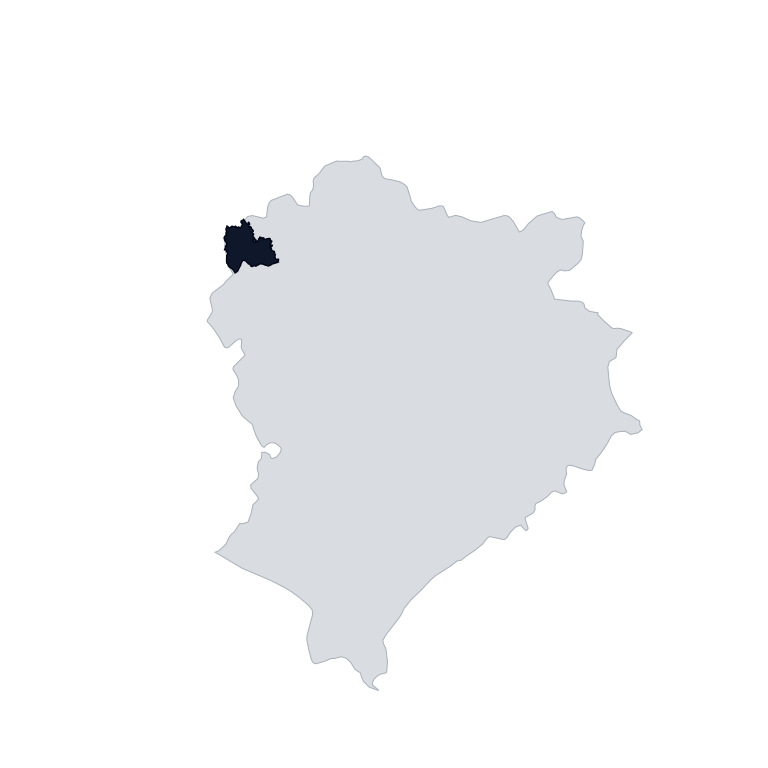 Verkhnyadzvinsk, Vitebsk, Belarus shown in context, rotated 312°
{"feature_id": "67162791B82603429459213", "entity_name": "Verkhnyadzvinsk", "entity_type": "district", "adm_level": 2, "iso_a3": "BLR", "parent_name": "Belarus", "parent_adm1": "Vitebsk", "projection": "mercator", "projection_center": [28.26, 55.859], "detail": "fine", "context": "in_parent", "style": "filled", "palette": "ink", "viewbox_px": 768, "rotation_deg": 312, "n_neighbors": 0, "source": "geoboundaries", "source_scale": "gbopen_adm2", "svg_char_len": 9293}
<svg xmlns="http://www.w3.org/2000/svg" viewBox="0 0 768 768"><g transform="rotate(312 384 384)"><path d="M588.0,534.3L577.9,533.7L565.7,533.9L558.9,538.7L551.5,536.4L546.2,539.1L534.2,552.2L529.5,559.2L525.0,570.0L522.3,577.9L523.8,583.5L526.0,588.7L526.5,594.2L527.6,598.6L524.6,601.8L522.9,606.3L517.8,605.5L511.6,601.1L510.3,594.8L505.6,590.4L502.4,588.1L497.2,587.7L489.0,589.8L478.1,591.4L470.0,591.8L465.5,594.1L459.0,596.3L456.4,593.7L452.8,586.5L449.8,579.3L447.7,576.1L445.9,575.3L443.7,575.4L441.2,577.7L439.3,580.0L432.4,582.8L429.4,585.3L426.1,591.9L423.9,591.4L421.6,589.9L419.0,582.5L415.5,580.8L409.7,580.7L402.6,579.2L396.9,576.9L394.8,577.5L391.3,580.6L387.6,581.1L379.5,578.3L377.9,579.6L373.2,587.7L371.0,588.1L369.8,587.1L370.5,580.0L365.8,577.5L357.8,577.1L352.2,578.1L349.5,577.8L348.1,576.5L341.3,564.5L337.6,563.8L331.2,564.4L321.6,562.9L310.5,560.2L304.5,559.2L301.3,556.6L294.5,555.6L276.3,550.6L268.8,549.7L257.9,549.6L241.2,548.5L230.4,549.1L225.5,550.8L219.8,551.8L199.9,553.2L192.8,554.6L190.8,557.1L188.4,562.6L180.3,572.1L172.3,578.4L170.9,578.9L166.2,575.6L162.4,574.4L157.8,574.1L154.6,575.1L152.6,576.7L152.9,584.0L152.4,584.7L148.9,576.0L149.2,568.1L151.1,563.6L153.5,559.6L152.5,553.5L154.9,545.4L154.9,539.6L153.9,537.0L152.0,534.1L146.9,530.9L144.6,528.4L137.6,525.0L130.6,520.7L129.5,518.1L129.8,516.4L131.0,513.7L136.3,505.8L142.0,498.1L145.7,495.0L165.2,485.1L168.2,481.6L169.0,475.7L168.7,463.8L167.5,452.9L166.0,445.4L162.2,431.3L152.1,401.8L146.0,371.1L150.0,372.9L159.3,373.6L166.7,371.4L170.5,371.1L173.9,371.8L183.7,370.1L186.1,372.9L190.5,375.3L199.0,371.8L206.6,367.4L214.5,367.9L215.6,365.8L217.6,354.8L219.9,352.4L229.3,353.5L232.8,351.5L236.5,346.1L242.0,342.7L246.7,342.7L251.5,338.9L253.9,341.5L255.0,346.0L253.4,349.7L254.1,351.1L257.5,352.9L263.2,352.8L266.9,351.3L267.7,349.2L267.7,345.5L266.8,341.9L264.4,338.9L259.8,337.3L256.7,337.3L256.1,335.3L257.2,331.2L260.0,323.6L263.5,316.6L265.6,314.0L265.9,311.6L265.5,307.4L265.5,299.8L268.6,289.1L272.8,281.2L278.4,278.6L285.2,277.2L289.6,273.4L291.8,269.0L293.7,262.1L295.9,260.6L312.4,261.5L314.9,254.6L316.3,252.7L319.5,250.6L321.7,248.2L320.9,246.3L316.7,245.0L306.7,243.9L304.7,241.6L305.3,238.9L308.0,231.7L310.5,222.4L311.8,215.2L312.0,211.0L313.4,209.9L321.5,208.5L324.2,207.0L331.2,197.2L336.5,195.5L350.2,198.1L356.5,197.9L364.5,198.6L365.1,197.6L368.0,187.8L381.5,172.1L388.8,166.6L393.4,165.4L395.0,165.7L402.2,174.0L403.9,174.4L408.8,170.9L417.2,170.6L421.1,173.5L426.6,183.6L429.5,184.9L437.6,179.2L442.1,177.3L445.1,177.4L460.5,185.2L461.6,187.8L461.7,190.7L459.3,199.9L462.5,205.6L466.2,209.4L474.1,203.1L477.0,201.3L480.2,201.2L484.4,198.9L487.5,195.4L490.5,194.1L496.1,195.0L506.3,194.1L518.2,199.7L519.2,201.4L525.2,207.9L527.2,211.1L529.2,212.1L532.4,215.3L536.6,217.3L539.5,216.7L540.9,217.7L542.3,220.2L542.4,224.4L541.9,236.5L537.7,242.8L537.1,245.0L537.3,247.6L540.7,252.8L545.0,260.8L546.0,265.5L546.0,269.0L540.1,279.2L538.2,281.6L536.8,286.6L536.1,291.7L536.5,293.8L546.4,301.9L553.7,306.2L555.4,308.4L555.5,309.7L551.6,318.3L551.2,320.7L557.1,324.2L560.3,329.9L563.2,339.0L568.8,347.8L589.5,360.5L591.3,362.8L592.0,365.5L591.3,371.5L587.5,382.8L591.1,384.5L600.2,384.0L611.3,385.4L624.7,393.4L624.7,397.0L623.3,400.2L624.2,403.6L625.7,406.5L637.2,415.4L638.3,418.0L638.5,422.3L638.2,425.4L635.0,426.1L631.5,427.6L625.7,431.3L623.4,436.6L614.0,444.0L608.2,447.3L603.6,447.4L592.6,445.9L588.7,442.3L587.1,439.0L582.9,437.5L577.3,437.4L569.5,437.9L568.0,438.9L566.7,443.0L563.4,450.0L561.1,453.9L570.9,467.6L575.8,473.2L577.4,476.7L577.3,479.1L575.0,482.0L575.3,487.8L580.1,495.4L578.5,496.6L578.0,506.0L578.1,515.9L579.4,518.3L581.9,520.3L584.1,523.9L587.7,532.2L588.0,534.3Z" fill="#d9dde1" stroke="#a8b0b8" stroke-width="1"/><path d="M404.1,223.7L404.3,223.2L404.6,223.0L404.9,222.9L405.2,222.8L405.6,222.7L405.9,222.4L406.0,222.2L405.9,221.7L405.7,221.5L405.2,221.3L404.9,221.1L404.7,220.7L404.4,220.3L404.4,219.9L404.4,219.5L404.5,219.1L404.7,218.9L404.8,218.8L405.2,218.5L405.5,218.1L405.6,217.8L405.7,217.4L405.9,217.1L406.2,216.9L406.5,216.9L407.1,216.9L407.4,216.8L407.5,216.4L407.5,216.1L407.5,215.8L407.6,215.5L407.8,215.1L408.1,215.0L408.3,214.8L408.5,214.6L408.8,214.2L409.0,213.8L409.0,213.5L408.9,213.1L408.6,212.8L408.3,212.5L408.2,212.2L408.2,211.8L408.2,211.4L408.2,211.2L408.3,210.9L408.5,210.6L408.8,210.3L408.9,210.1L409.1,209.9L409.2,209.6L409.3,209.2L409.2,209.0L408.9,208.8L408.7,208.6L408.6,208.4L408.6,208.2L408.7,207.9L408.9,207.8L409.1,207.6L409.3,207.5L409.5,207.5L409.8,207.5L410.1,207.7L410.2,207.9L410.3,208.2L410.4,208.4L410.6,208.4L410.9,208.5L411.2,208.5L411.5,208.5L411.8,208.4L412.1,208.3L412.3,208.0L412.3,207.7L412.1,207.5L411.8,207.4L411.6,207.1L411.3,206.9L411.2,206.7L411.4,206.2L411.8,206.0L412.1,205.8L412.7,205.7L413.4,205.6L413.7,205.4L414.2,205.2L414.6,205.1L414.9,205.1L415.0,205.1L415.0,204.7L414.9,204.4L414.8,204.1L414.8,203.5L414.8,203.3L415.0,203.0L415.2,202.9L415.5,202.6L415.6,202.4L415.7,202.1L415.7,201.8L415.6,201.5L415.4,201.4L415.2,201.2L414.9,201.0L414.6,200.8L414.3,200.6L414.1,200.3L413.8,200.1L413.6,199.9L413.4,199.7L413.0,199.7L412.8,199.7L412.3,199.5L412.1,199.4L412.0,199.2L411.9,199.0L411.9,198.8L411.9,198.5L411.9,198.4L411.6,198.1L411.4,197.9L411.3,197.6L411.4,197.4L411.6,197.4L411.8,197.3L411.9,197.2L412.0,197.1L412.0,196.9L411.9,196.6L411.8,196.4L411.7,196.3L411.5,196.1L411.3,196.0L411.2,196.0L410.7,195.9L410.6,195.6L410.6,195.4L410.6,195.1L410.6,194.8L410.6,194.6L410.6,194.4L410.4,194.1L410.3,193.9L410.2,193.6L409.9,193.5L409.7,193.7L409.6,194.0L409.2,194.2L408.9,194.1L408.7,193.9L408.4,193.7L408.2,193.7L407.9,193.8L407.6,194.1L407.3,194.3L407.1,194.4L406.8,194.4L406.5,194.6L406.4,194.8L406.1,194.9L405.9,195.0L405.7,195.1L405.5,194.9L405.5,194.6L405.5,194.4L405.4,194.2L405.2,194.1L404.8,194.0L404.6,193.7L404.7,193.3L404.9,193.1L405.2,192.7L405.3,192.3L405.0,192.2L404.7,192.2L404.5,192.5L404.2,192.8L404.1,193.1L403.9,193.3L403.7,193.4L403.4,193.4L403.2,193.4L402.9,193.2L402.8,192.8L402.7,192.2L402.7,191.9L402.7,191.3L402.8,190.7L402.8,190.4L403.1,190.1L403.4,190.0L403.7,190.0L403.7,190.3L403.7,190.7L403.9,190.9L404.3,191.0L404.6,191.0L405.0,191.0L405.5,190.7L405.7,190.3L405.8,189.8L405.8,188.9L405.8,188.6L405.9,188.2L406.0,187.8L406.2,187.5L406.5,187.4L406.8,187.3L407.3,187.2L407.7,187.0L408.1,186.9L408.2,186.6L408.2,186.3L408.2,186.0L408.0,185.8L407.9,185.6L407.8,185.3L407.9,184.9L408.0,184.7L408.4,184.6L408.6,184.5L408.9,184.5L409.1,184.4L409.3,184.3L409.6,184.4L409.7,184.5L409.8,184.6L410.0,184.6L410.3,184.4L410.5,183.7L410.6,183.3L410.7,183.0L410.6,182.4L410.6,181.9L410.7,181.6L411.0,181.2L411.4,180.6L411.5,180.2L411.6,179.6L411.5,179.2L411.4,179.1L411.1,179.0L410.8,178.9L410.5,178.5L410.5,178.2L410.8,177.9L411.0,177.7L411.2,177.4L411.4,177.2L411.6,177.0L411.8,177.0L412.1,177.2L412.5,177.3L412.8,177.2L413.1,176.8L413.2,176.5L413.3,176.2L413.5,175.9L413.6,175.6L413.6,175.4L413.5,175.1L413.3,175.1L413.2,175.1L412.9,175.3L412.8,175.5L412.7,175.7L412.5,175.8L412.2,175.9L411.9,175.9L411.5,175.8L411.2,175.5L411.2,175.0L411.1,174.6L411.3,174.0L411.4,173.6L411.6,173.0L411.7,172.5L411.7,172.0L411.9,171.5L412.0,171.2L412.3,169.5L411.3,169.7L410.1,168.9L409.2,168.9L408.5,169.6L408.2,171.3L408.3,172.4L407.2,172.4L405.9,172.4L405.1,172.9L403.9,172.9L403.7,171.8L403.2,170.7L401.7,170.6L401.9,169.5L401.9,168.1L400.6,167.7L400.2,167.1L399.9,166.0L399.2,165.3L397.4,165.1L396.1,164.1L396.5,163.0L396.3,161.7L394.9,162.4L393.6,162.7L392.6,163.9L391.7,165.4L391.0,165.3L389.7,166.2L389.6,167.1L388.8,167.4L388.1,166.9L386.7,167.0L385.5,167.4L385.2,168.6L384.4,168.9L383.9,170.3L383.7,172.1L382.2,174.2L380.3,173.9L379.6,174.7L377.1,175.7L378.0,177.5L376.9,178.4L377.3,179.2L376.1,181.0L374.4,181.1L372.0,183.0L369.7,185.1L368.7,186.2L369.0,187.0L368.2,188.4L367.5,189.8L367.7,192.4L368.0,193.9L367.9,195.4L367.5,197.2L366.9,198.9L367.9,199.3L368.5,199.4L369.2,199.6L369.7,199.6L370.1,199.6L370.7,199.5L370.9,199.4L371.2,199.3L371.7,199.1L372.3,198.9L373.0,198.8L373.4,198.6L373.9,198.5L374.4,198.4L375.6,198.2L376.2,198.0L377.2,197.5L377.6,197.3L378.2,197.1L378.5,197.0L379.2,196.8L379.7,196.7L380.1,196.6L380.4,196.4L380.7,196.3L381.1,196.3L381.3,196.4L381.7,196.7L382.0,197.0L382.3,197.5L382.5,197.8L382.6,198.1L382.8,198.5L382.9,198.9L383.0,199.2L383.0,199.6L383.0,199.9L382.9,200.1L382.8,200.3L382.7,200.7L382.7,201.1L382.8,201.4L382.8,201.8L382.7,202.1L382.6,202.4L382.7,203.0L382.8,203.4L383.0,203.7L383.0,204.0L383.0,204.3L383.0,204.5L383.0,204.9L383.0,205.2L382.9,205.5L382.7,206.1L382.6,206.3L382.7,206.9L383.0,207.2L383.3,207.5L383.7,207.7L384.3,207.9L384.6,208.1L384.9,208.2L385.2,208.5L385.5,208.9L385.6,209.3L385.7,209.6L385.9,209.9L386.4,210.2L386.7,210.2L387.1,210.2L387.5,210.3L387.8,210.4L388.1,210.7L388.7,211.0L389.5,211.2L389.8,211.2L390.1,211.3L390.6,211.7L390.9,212.0L391.2,212.4L391.3,212.7L391.6,213.1L391.8,213.4L392.2,214.0L392.4,214.5L392.6,215.4L392.7,215.8L392.9,216.1L393.2,216.6L393.4,216.9L393.7,217.3L393.8,217.9L393.9,218.3L394.1,218.7L394.4,219.1L394.9,219.4L395.6,219.8L396.2,220.1L396.9,220.3L397.4,220.3L398.0,220.4L398.4,220.6L398.9,220.9L399.4,221.3L400.2,221.7L400.9,222.2L401.7,222.6L402.6,223.1L403.1,223.5L403.4,223.6L403.6,223.6L404.0,223.6L404.1,223.7Z" fill="#0f172a" stroke="#020617" stroke-width="1.5"/></g></svg>